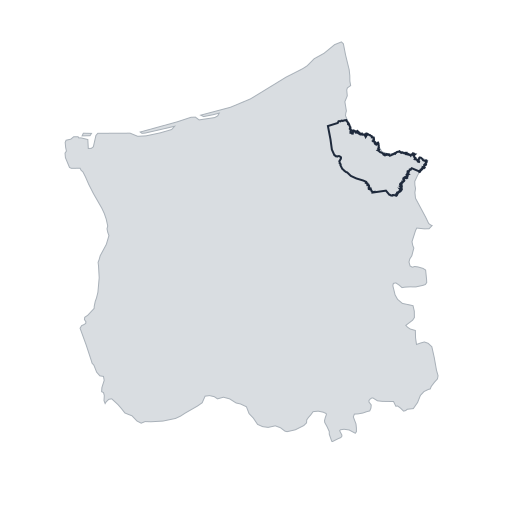 Cavally, Cavally, Ivory Coast shown in context, rotated 170°
{"feature_id": "98640826B42717034718743", "entity_name": "Cavally", "entity_type": "district", "adm_level": 2, "iso_a3": "CIV", "parent_name": "Ivory Coast", "parent_adm1": "Cavally", "projection": "mercator", "projection_center": [-7.871, 6.299], "detail": "fine", "context": "in_parent", "style": "outline", "palette": "slate", "viewbox_px": 512, "rotation_deg": 170, "n_neighbors": 0, "source": "geoboundaries", "source_scale": "gbopen_adm2", "svg_char_len": 9340}
<svg xmlns="http://www.w3.org/2000/svg" viewBox="0 0 512 512"><g transform="rotate(170 256 256)"><path d="M107.5,94.8L109.4,94.7L114.0,93.4L118.3,90.2L122.3,83.7L127.6,78.4L133.7,78.8L135.4,77.8L137.6,77.6L140.1,81.1L142.6,83.7L144.4,83.8L145.8,88.8L156.8,90.9L161.5,92.3L165.5,95.9L166.9,96.0L168.6,95.2L169.9,94.0L170.1,92.6L168.4,89.3L169.2,86.3L170.9,83.7L173.8,83.5L178.1,82.8L183.0,82.8L186.6,83.2L188.1,80.6L186.7,73.2L187.0,69.1L187.6,65.6L189.0,64.2L194.5,68.5L199.4,70.1L203.0,70.2L204.0,69.4L202.5,64.7L202.9,63.3L204.2,62.4L206.6,61.9L212.9,60.0L213.6,60.4L214.8,67.9L214.3,70.3L215.6,75.4L217.2,80.1L217.1,82.0L215.8,84.9L214.2,87.6L214.3,88.7L216.9,90.5L221.7,92.4L226.8,92.8L229.6,90.1L232.5,87.8L234.5,85.8L235.2,82.9L238.4,80.7L247.5,78.0L255.9,77.6L257.9,78.5L261.7,82.6L266.5,85.4L273.8,85.1L279.1,86.8L283.7,89.9L286.8,96.9L290.2,102.0L291.6,109.2L297.0,113.0L301.1,114.7L306.8,119.9L312.6,122.6L318.7,122.0L321.5,124.7L326.0,126.6L330.5,126.8L334.5,120.8L339.7,118.4L353.0,113.6L358.2,111.4L363.5,110.0L376.3,109.6L388.2,111.0L394.0,112.2L398.1,111.3L401.9,114.2L405.9,120.2L409.1,122.1L412.4,124.2L414.9,128.9L417.7,133.6L419.3,135.7L422.9,140.4L425.9,140.4L428.9,138.4L430.2,136.9L430.8,140.0L429.6,145.0L429.9,148.0L431.6,149.2L430.6,153.2L427.1,159.9L427.1,163.9L430.6,165.1L433.1,169.3L434.6,176.6L436.1,179.0L436.2,180.5L438.7,197.9L441.8,215.4L439.8,217.7L437.1,218.4L435.4,219.2L434.9,220.8L436.0,223.2L435.3,225.4L431.9,226.9L424.5,232.5L424.0,234.7L422.1,239.4L420.4,242.3L418.0,247.7L414.2,261.8L412.8,273.6L412.6,277.2L411.1,279.7L409.4,283.3L401.4,293.4L397.3,301.6L397.9,305.2L398.0,308.7L396.8,311.3L397.1,318.3L398.0,324.1L399.5,329.7L405.3,345.8L408.3,355.6L410.2,363.5L411.8,368.8L413.4,370.9L414.0,373.0L422.6,374.4L424.3,375.6L426.6,385.9L426.2,390.5L424.5,392.2L424.6,396.2L424.2,401.0L422.9,403.0L418.1,403.2L414.8,405.1L410.5,404.3L410.1,403.1L407.8,402.7L401.4,399.9L402.5,391.0L399.5,390.6L397.2,391.8L392.7,402.5L390.5,404.3L358.6,398.8L351.7,394.4L343.4,393.4L329.0,393.9L317.1,395.2L313.6,397.9L343.7,396.3L347.0,396.6L348.5,398.2L310.4,401.8L295.9,403.9L291.6,403.3L288.4,399.9L272.6,399.5L269.4,400.6L267.4,403.1L273.6,402.6L283.4,402.4L286.0,404.3L255.4,406.9L234.1,411.7L225.1,415.2L195.4,426.9L177.4,432.4L172.6,434.4L164.4,440.2L153.8,443.8L141.9,450.5L134.7,452.0L133.1,449.8L132.9,438.5L131.9,423.2L132.3,417.4L133.2,411.9L133.2,407.4L136.8,405.7L137.8,403.8L138.3,397.9L141.7,392.5L141.8,383.1L142.8,381.1L143.5,378.6L142.1,372.5L140.2,360.8L139.3,360.1L138.5,360.6L136.6,360.8L129.1,356.8L123.4,356.1L119.4,352.6L119.1,348.7L117.1,346.4L115.8,341.9L113.8,336.7L108.1,333.6L102.8,332.8L99.0,333.5L94.5,333.3L89.5,331.5L86.0,329.6L82.6,325.8L79.6,322.7L77.1,323.1L74.1,322.4L71.1,321.0L70.2,320.0L82.5,307.9L86.7,301.9L87.2,298.3L87.2,294.7L88.5,290.9L88.9,285.2L82.1,264.5L80.3,258.0L78.5,256.1L77.3,255.4L80.8,252.8L85.5,253.5L92.8,255.6L94.4,253.5L99.9,243.0L99.8,239.1L99.2,236.4L102.5,229.2L105.0,226.5L106.4,223.5L106.0,219.4L104.0,217.8L101.5,218.1L98.4,217.1L93.7,214.8L91.4,212.7L92.1,203.2L92.5,200.2L94.2,198.5L96.7,198.1L104.0,197.8L109.8,198.9L115.0,199.5L117.7,199.5L119.9,202.3L122.9,205.2L125.5,205.2L126.4,203.0L125.8,193.6L124.1,188.7L120.1,183.9L110.0,179.8L109.7,174.1L110.7,167.9L112.9,165.6L120.5,161.7L119.2,159.6L116.8,157.3L112.0,155.0L113.1,147.6L113.3,141.0L109.2,141.7L105.1,142.1L101.6,140.1L98.6,136.1L98.1,125.0L98.1,112.2L97.5,106.5L98.6,103.5L102.2,100.7L106.1,97.1L107.5,94.8ZM406.4,404.5L404.7,406.9L396.7,405.3L398.6,403.3L406.4,404.5Z" fill="#d9dde1" stroke="#a8b0b8" stroke-width="1"/><path d="M107.4,291.0L107.2,291.2L107.5,291.2L107.5,291.4L107.1,291.6L107.3,291.8L107.2,292.0L106.5,292.0L106.4,292.5L106.2,292.1L105.8,292.7L106.2,292.9L105.9,293.0L105.5,293.5L105.0,293.5L104.9,294.0L104.2,294.1L104.4,294.5L103.7,294.7L103.3,295.2L103.1,295.3L103.3,294.7L102.9,294.5L102.6,294.7L102.5,295.4L102.1,295.7L102.4,296.3L101.8,295.9L101.2,296.3L100.8,296.3L100.7,296.6L100.9,296.8L101.0,296.6L101.1,297.0L101.8,297.4L101.5,297.5L101.4,297.2L101.2,297.3L101.2,298.0L101.5,298.2L101.6,298.4L101.2,298.2L100.8,298.7L100.4,298.8L100.5,299.6L100.3,299.7L100.3,300.0L100.7,300.1L101.0,299.3L101.2,299.6L101.2,299.9L101.1,300.2L100.9,300.1L101.6,300.7L101.5,300.9L101.7,301.1L101.7,301.4L101.3,301.6L101.5,301.7L101.9,301.5L101.5,301.9L101.0,301.5L100.6,302.3L100.3,302.0L100.1,302.0L100.1,302.6L99.7,302.6L99.4,303.2L99.2,302.8L98.9,302.9L98.2,303.6L98.4,303.9L97.8,304.4L97.2,304.1L96.9,304.4L97.3,305.0L97.0,305.4L97.0,306.0L97.4,306.2L97.3,306.6L97.0,306.6L96.8,306.9L97.3,306.9L97.2,307.1L96.4,307.2L96.1,307.7L95.2,307.9L95.0,307.7L95.4,307.2L95.1,306.7L94.8,306.5L94.1,306.5L94.1,307.2L94.0,307.4L93.6,307.3L93.7,307.8L92.9,308.2L92.8,308.5L93.5,308.9L93.6,309.2L93.9,309.5L93.6,309.3L93.6,309.8L92.6,309.8L92.6,310.4L92.4,310.4L92.0,309.9L91.6,310.0L92.3,310.6L92.5,311.2L91.6,311.6L91.7,311.9L92.1,311.7L91.9,312.0L92.1,312.6L92.0,313.1L91.7,313.2L90.7,312.8L90.5,313.3L89.8,313.8L89.6,314.5L89.4,314.5L89.2,314.1L88.5,314.2L88.1,314.9L87.4,315.4L80.3,310.8L80.4,310.4L80.0,310.4L79.5,310.8L79.4,311.4L79.6,311.7L78.9,311.9L78.8,312.3L78.2,312.1L78.0,312.4L77.4,312.5L77.3,313.0L77.5,313.3L77.2,313.6L77.0,313.1L76.7,313.1L76.3,313.5L76.3,314.5L75.9,314.3L75.5,314.5L75.0,313.5L74.5,313.8L74.8,314.9L74.6,316.5L74.3,316.7L73.3,316.1L72.8,316.3L72.5,316.9L73.2,317.5L72.8,317.8L72.4,319.0L72.1,318.8L71.6,319.0L71.6,319.5L71.4,320.0L71.5,320.3L71.7,320.5L73.5,320.5L74.8,321.3L75.1,322.3L76.1,323.7L76.6,324.2L77.8,324.6L78.4,324.0L78.5,323.3L79.1,322.8L79.4,322.3L78.9,320.6L79.1,320.3L80.1,320.8L80.3,321.0L80.4,322.2L80.7,322.4L81.0,322.9L82.8,323.9L81.9,324.7L81.9,324.9L82.3,325.2L82.5,324.9L82.6,325.5L83.0,326.0L82.9,326.8L83.5,327.6L83.2,327.9L82.5,328.0L81.7,328.5L82.3,328.7L82.8,329.6L83.5,329.8L83.6,329.1L84.2,329.1L84.4,328.8L84.9,329.1L85.6,328.8L86.2,328.0L86.4,328.4L86.8,328.5L87.6,329.2L87.9,329.2L88.2,329.9L88.6,329.9L88.9,329.6L89.5,329.8L89.6,330.4L90.5,330.4L90.4,330.9L89.9,330.8L89.7,331.0L89.7,331.5L90.9,331.7L91.2,331.4L91.7,331.6L92.2,331.3L93.6,332.5L94.1,332.3L94.3,332.6L94.9,332.4L95.1,332.7L95.4,332.7L95.5,333.2L96.2,333.5L96.2,333.9L96.5,334.3L97.3,334.0L99.1,334.0L100.3,333.2L100.8,333.4L101.1,333.3L101.4,332.5L102.2,332.9L102.7,332.5L103.0,332.5L103.3,332.3L104.0,332.5L104.3,332.1L105.2,331.8L105.5,331.8L106.8,331.5L107.3,332.3L107.3,332.9L107.4,333.0L108.1,332.7L108.2,333.1L108.4,333.1L108.6,332.8L108.8,333.0L109.2,333.6L109.5,333.7L110.1,332.9L110.3,332.9L111.0,333.8L111.4,333.8L111.6,333.7L111.8,333.2L112.0,333.5L112.0,334.2L112.2,334.4L112.5,334.3L112.5,333.8L112.6,333.5L112.8,333.6L113.3,335.0L114.2,335.9L115.7,336.7L117.1,338.5L117.8,339.0L117.4,339.2L116.7,339.0L116.3,339.4L116.8,339.8L116.6,340.4L116.9,340.9L116.2,341.3L116.1,341.6L116.2,342.7L115.9,343.3L116.0,344.7L115.8,345.1L115.9,345.4L116.3,345.5L116.0,346.1L116.1,346.5L116.5,346.4L117.1,346.0L117.0,345.6L117.3,345.1L117.9,345.4L118.2,345.8L118.6,345.8L118.7,345.2L119.4,345.9L119.5,346.4L118.9,347.1L119.0,347.5L120.8,348.6L121.0,348.9L119.9,349.4L119.7,349.6L119.6,349.9L120.0,350.5L119.5,350.9L119.5,352.2L121.3,352.7L121.1,353.2L121.2,353.9L122.3,354.6L122.8,355.3L123.3,355.3L125.0,357.0L126.0,357.5L126.3,357.5L126.8,356.9L126.1,356.1L126.0,355.7L126.5,355.5L126.8,354.7L127.3,354.2L127.4,354.8L127.6,355.1L127.4,355.8L127.4,356.5L127.6,356.7L128.1,356.2L128.7,357.0L129.1,356.9L129.4,357.0L129.7,356.9L130.0,357.1L130.3,357.1L130.4,357.9L130.8,357.7L131.1,358.2L131.3,358.2L131.6,357.6L132.1,357.5L132.4,357.7L133.8,359.0L133.1,358.9L132.6,359.2L132.7,359.5L133.5,359.6L133.6,360.5L134.5,361.6L134.8,361.4L134.9,361.0L134.7,360.6L135.3,360.7L135.8,360.1L136.1,360.0L136.4,360.2L136.5,360.7L135.9,360.8L136.0,361.2L136.7,361.3L137.0,361.5L136.9,361.8L137.4,362.0L137.6,362.4L137.9,362.4L138.3,362.8L138.8,362.8L139.0,362.6L139.0,361.6L139.3,361.4L139.1,360.7L139.5,359.7L140.4,360.0L140.5,360.2L140.7,360.4L141.5,360.9L141.3,361.1L141.4,362.1L140.6,363.5L140.9,363.8L140.7,364.3L140.9,364.5L141.2,364.3L141.6,364.9L141.5,365.2L140.7,366.0L140.7,366.5L141.0,366.7L141.2,367.2L141.1,367.6L141.3,368.8L141.5,368.9L141.4,369.4L141.6,370.0L142.3,370.0L142.0,370.9L142.4,371.2L142.6,372.1L142.9,372.7L143.5,373.4L143.4,374.0L143.5,374.2L144.3,374.1L144.7,374.3L145.9,374.1L146.6,374.2L147.1,373.9L147.8,374.3L148.4,374.5L149.4,373.9L150.3,374.3L151.3,374.4L152.4,372.8L162.6,371.5L162.4,357.9L162.8,347.6L161.3,341.7L160.7,341.4L160.3,341.0L160.4,340.7L159.9,340.2L159.5,340.2L158.6,339.8L157.9,340.1L156.9,339.9L156.5,339.8L155.2,338.5L155.2,338.1L155.4,337.6L155.5,337.0L156.3,336.4L156.6,335.7L157.5,334.9L157.3,333.6L157.5,332.7L157.1,332.4L156.7,331.6L157.1,330.8L155.9,326.8L154.9,325.7L154.4,324.8L152.7,323.0L151.7,322.5L148.7,318.4L143.8,315.0L137.3,311.7L134.6,309.9L134.8,309.2L135.1,308.9L134.6,308.5L133.8,308.3L133.8,308.0L134.2,307.9L133.8,307.2L133.6,306.6L133.8,306.3L133.5,306.2L132.9,306.5L132.8,305.7L132.5,305.6L132.5,304.9L132.7,304.0L133.1,303.8L133.0,303.5L133.4,302.6L133.3,302.4L132.8,302.2L132.5,302.5L132.2,302.6L132.1,301.8L131.6,301.7L131.3,302.0L130.8,299.3L130.4,299.0L130.1,299.1L129.7,298.6L129.1,298.6L129.5,298.2L116.7,297.8L114.0,293.1L113.4,293.0L112.5,292.1L111.2,291.8L110.9,292.3L110.3,292.3L109.9,292.0L108.5,291.7L107.4,291.0Z" fill="none" stroke="#1e293b" stroke-width="2"/></g></svg>